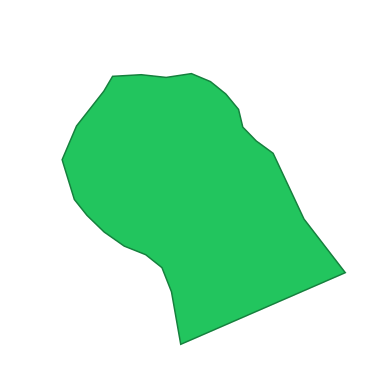 the District of Astara, rotated 68°
{"feature_id": "AZE-1695", "entity_name": "Astara", "entity_type": "District", "adm_level": 1, "iso_a3": "AZE", "parent_name": "Azerbaijan", "parent_adm1": "", "projection": "equal_earth", "projection_center": [48.676, 38.498], "detail": "fine", "context": "isolated", "style": "filled", "palette": "green", "viewbox_px": 384, "rotation_deg": 68, "n_neighbors": 0, "source": "natural_earth", "source_scale": "10m", "svg_char_len": 461}
<svg xmlns="http://www.w3.org/2000/svg" viewBox="0 0 384 384"><g transform="rotate(68 192 192)"><path d="M117.5,300.7L113.4,300.3L87.5,274.3L65.5,236.0L55.0,222.3L64.2,195.2L76.1,173.0L82.0,148.2L96.6,133.5L113.9,123.9L132.9,117.9L150.9,120.6L168.8,113.3L186.5,102.3L259.1,98.3L324.2,80.1L329.0,259.5L276.8,248.4L250.9,248.2L232.8,258.4L216.8,275.1L196.3,288.4L174.4,298.1L154.9,303.9L117.5,300.7Z" fill="#22c55e" stroke="#15803d" stroke-width="1.5"/></g></svg>